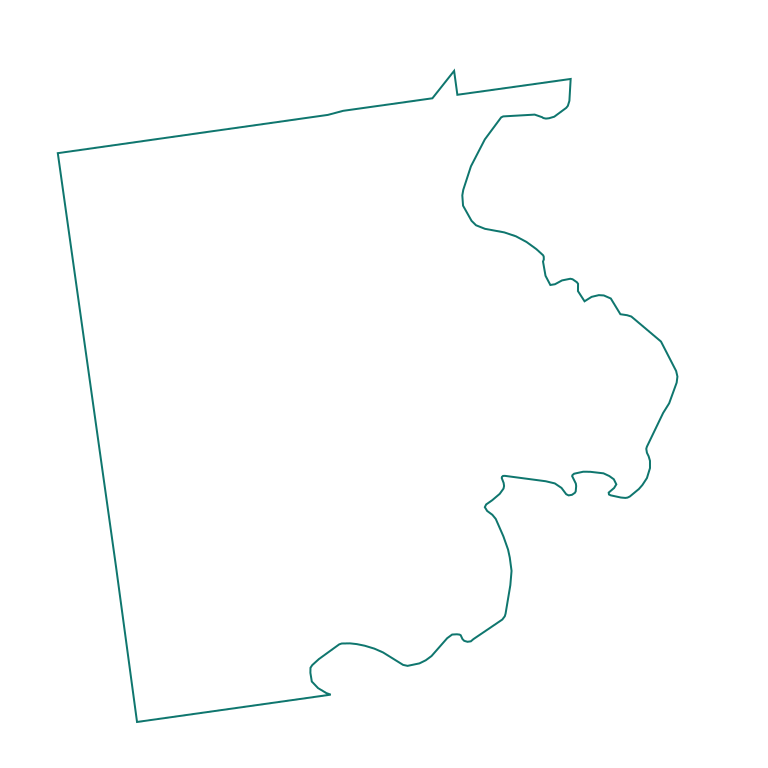 the district of Jefferson, Oklahoma, United States of America, rotated 262°
{"feature_id": "52423323B23820153669185", "entity_name": "Jefferson", "entity_type": "district", "adm_level": 2, "iso_a3": "USA", "parent_name": "United States of America", "parent_adm1": "Oklahoma", "projection": "equal_earth", "projection_center": [-97.897, 34.069], "detail": "fine", "context": "isolated", "style": "outline", "palette": "teal", "viewbox_px": 768, "rotation_deg": 262, "n_neighbors": 0, "source": "geoboundaries", "source_scale": "gbopen_adm2", "svg_char_len": 1956}
<svg xmlns="http://www.w3.org/2000/svg" viewBox="0 0 768 768"><g transform="rotate(262 384 384)"><path d="M83.7,92.4L83.8,288.0L86.0,283.8L92.0,276.4L99.4,271.1L108.2,270.9L113.2,271.7L115.6,273.8L120.7,281.3L132.4,303.4L132.9,306.0L131.9,314.2L130.2,320.9L127.5,328.5L123.3,337.6L118.3,345.7L103.2,363.8L101.6,368.1L102.4,380.2L104.6,386.9L108.0,393.2L123.5,411.2L126.4,416.6L126.0,421.4L125.3,424.0L124.5,425.0L120.5,426.2L118.5,427.7L117.1,430.8L117.1,434.2L118.9,437.0L134.3,468.4L137.2,471.3L139.6,472.4L167.2,481.1L181.2,484.3L194.6,484.4L202.8,483.8L216.6,481.0L234.8,475.9L239.4,473.1L243.9,468.5L248.0,466.7L250.5,468.4L253.8,474.9L259.1,483.3L263.8,487.8L266.3,488.7L269.4,488.7L274.5,487.5L275.6,487.9L276.4,489.1L276.2,491.0L265.2,530.6L261.8,539.3L256.4,545.3L249.5,549.1L248.0,551.3L248.1,554.7L249.7,557.9L251.0,558.9L256.2,560.1L258.7,560.1L266.6,557.5L267.6,558.0L268.7,559.8L269.4,569.0L268.4,575.8L265.0,588.9L261.5,594.3L257.7,598.3L252.3,600.1L249.0,597.4L245.2,591.4L243.3,591.4L242.2,593.0L238.6,602.8L237.6,607.1L237.6,609.3L238.4,611.8L244.3,621.4L244.3,621.5L248.0,625.8L254.3,631.3L263.7,635.7L270.9,636.7L275.6,636.0L279.3,634.8L283.3,634.7L285.3,635.6L316.5,656.4L325.2,663.7L344.6,674.0L350.5,675.6L356.2,675.1L387.5,664.2L416.4,638.3L418.3,634.3L420.2,627.8L437.1,620.5L441.1,614.0L442.1,609.1L441.4,601.7L438.0,594.1L449.0,589.0L456.2,590.1L457.9,589.2L461.5,585.3L462.3,583.1L461.8,574.7L459.0,567.2L458.9,562.5L468.7,559.0L483.1,558.5L485.1,559.6L487.9,559.9L489.3,559.5L496.3,553.7L504.8,544.9L511.9,535.2L517.4,524.2L523.6,505.6L528.4,497.2L533.4,493.4L549.6,487.1L559.9,487.8L565.2,489.5L587.5,500.4L612.2,517.9L631.7,537.1L632.4,539.3L629.8,570.7L626.2,577.7L625.2,578.8L624.3,581.3L624.2,584.4L625.0,589.8L632.1,602.9L633.9,604.8L638.6,607.0L660.1,611.3L660.2,496.9L684.3,497.0L660.2,471.7L660.2,381.5L658.3,365.9L658.2,246.8L658.0,93.1L240.2,93.2L83.7,92.4Z" fill="none" stroke="#0f766e" stroke-width="2"/></g></svg>